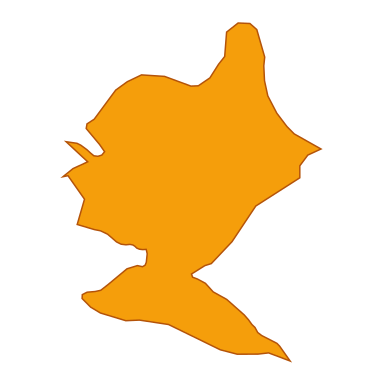 an SVG outline of Nova Goriška
{"feature_id": "SVN-260", "entity_name": "Nova Goriška", "entity_type": "Statistical Region", "adm_level": 1, "iso_a3": "SVN", "parent_name": "Slovenia", "parent_adm1": "", "projection": "natural_earth1", "projection_center": [13.71, 45.972], "detail": "fine", "context": "isolated", "style": "filled", "palette": "amber", "viewbox_px": 384, "rotation_deg": 0, "n_neighbors": 0, "source": "natural_earth", "source_scale": "10m", "svg_char_len": 1266}
<svg xmlns="http://www.w3.org/2000/svg" viewBox="0 0 384 384"><path d="M77.2,224.5L84.5,199.2L68.0,175.7L63.0,176.7L63.7,176.1L73.0,168.6L87.7,161.8L66.1,141.7L77.0,143.3L80.8,145.2L86.8,149.6L90.6,153.1L93.9,155.8L97.9,156.3L101.8,155.1L104.6,151.7L99.5,144.4L86.2,128.5L87.0,123.9L94.2,119.2L115.7,90.1L127.3,81.7L141.5,74.9L164.6,76.4L190.9,86.1L198.3,85.8L209.9,77.9L218.6,64.2L224.7,56.5L226.6,32.1L238.1,23.0L249.9,23.5L256.8,29.6L264.7,57.1L263.8,65.8L264.5,80.7L267.8,95.9L276.8,113.2L286.9,126.5L294.2,133.9L321.0,149.0L307.8,155.1L299.8,165.8L299.8,177.8L255.8,206.0L232.0,241.7L211.3,263.6L204.9,265.6L191.5,274.0L192.6,277.2L197.4,279.0L205.4,283.3L213.2,291.9L226.7,299.4L244.2,314.9L248.5,319.8L251.9,324.5L255.0,327.5L257.7,332.5L261.8,335.6L277.0,343.4L279.6,346.1L290.1,361.0L268.6,352.9L258.0,354.1L237.2,354.2L220.3,349.8L168.5,324.5L139.4,320.1L125.8,320.7L100.4,313.0L90.7,307.2L82.1,298.5L82.3,294.6L87.1,292.2L95.2,291.5L100.7,290.3L107.9,284.7L127.0,268.8L137.4,265.6L142.5,266.7L145.1,265.2L146.3,262.3L147.2,253.8L146.2,249.4L142.7,249.6L139.4,249.2L136.8,248.1L134.7,246.1L132.7,244.9L129.9,244.4L125.9,244.8L121.1,244.2L116.5,241.9L107.6,234.2L100.5,230.8L94.4,229.6L77.2,224.5Z" fill="#f59e0b" stroke="#b45309" stroke-width="1.5"/></svg>